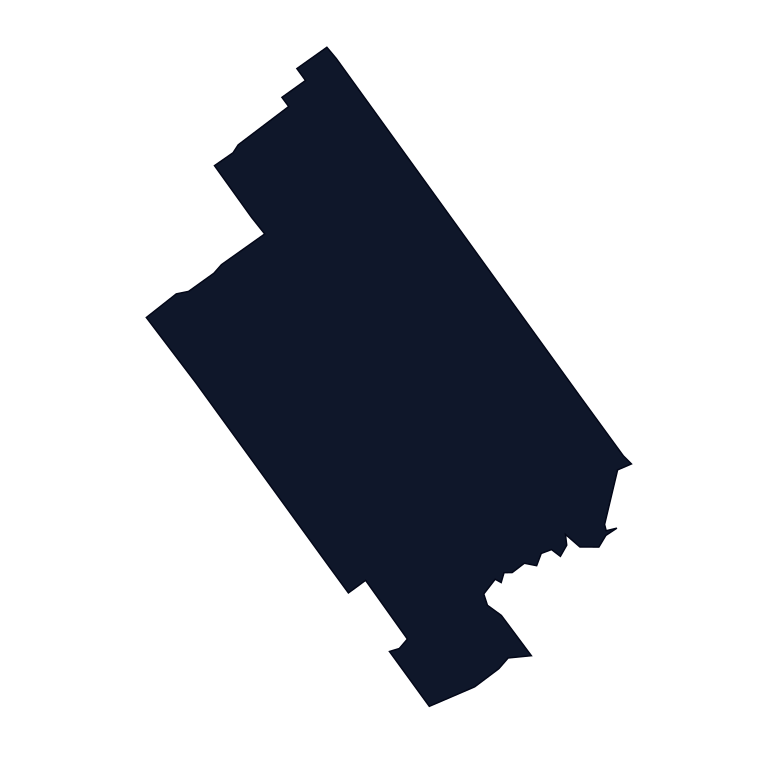 Glenn, California, United States of America (Mercator projection), rotated 54°
{"feature_id": "52423323B940291063109", "entity_name": "Glenn", "entity_type": "district", "adm_level": 2, "iso_a3": "USA", "parent_name": "United States of America", "parent_adm1": "California", "projection": "mercator", "projection_center": [-122.275, 39.592], "detail": "fine", "context": "isolated", "style": "filled", "palette": "ink", "viewbox_px": 768, "rotation_deg": 54, "n_neighbors": 0, "source": "geoboundaries", "source_scale": "gbopen_adm2", "svg_char_len": 800}
<svg xmlns="http://www.w3.org/2000/svg" viewBox="0 0 768 768"><g transform="rotate(54 384 384)"><path d="M78.0,232.3L77.6,269.1L92.3,269.1L92.1,298.1L103.5,298.0L104.8,361.3L108.2,370.2L107.7,392.8L171.6,393.2L192.5,392.3L191.9,445.3L194.4,456.5L194.2,487.7L189.0,499.1L190.5,537.2L272.4,535.5L500.2,535.7L532.1,535.6L532.0,514.3L604.1,515.0L607.0,527.1L603.6,536.8L671.4,536.8L682.3,488.6L681.8,458.4L678.6,444.6L690.4,424.5L640.2,425.1L623.8,430.4L612.5,426.7L607.3,408.8L613.5,405.9L607.2,397.8L611.9,391.1L611.5,375.8L620.7,367.3L613.5,356.4L616.4,345.8L627.1,342.6L621.8,330.9L612.3,325.6L631.0,321.3L642.2,306.0L636.9,293.5L637.5,280.3L633.3,290.5L627.3,288.1L590.8,245.5L594.1,230.8L582.8,232.6L508.2,232.7L92.7,231.3L78.0,232.3Z" fill="#0f172a" stroke="#020617" stroke-width="1.5"/></g></svg>